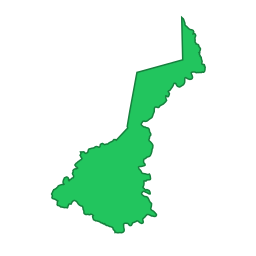 the district of Uruaçu, Goiás, Brazil, rotated 353°
{"feature_id": "56859067B5799909421600", "entity_name": "Uruaçu", "entity_type": "district", "adm_level": 2, "iso_a3": "BRA", "parent_name": "Brazil", "parent_adm1": "Goiás", "projection": "mercator", "projection_center": [-49.066, -14.326], "detail": "fine", "context": "isolated", "style": "filled", "palette": "green", "viewbox_px": 256, "rotation_deg": 353, "n_neighbors": 0, "source": "geoboundaries", "source_scale": "gbopen_adm2", "svg_char_len": 5899}
<svg xmlns="http://www.w3.org/2000/svg" viewBox="0 0 256 256"><g transform="rotate(353 128 128)"><path d="M194.8,24.8L190.6,67.0L147.5,73.4L143.7,73.9L142.9,76.3L131.9,111.3L127.4,126.4L127.7,127.3L127.6,128.1L126.9,128.7L126.2,129.2L114.9,138.7L114.3,138.0L113.6,138.1L112.8,137.7L112.1,138.1L111.6,138.8L110.8,139.3L108.5,140.0L107.1,140.6L106.3,141.2L105.6,141.5L104.7,141.3L103.7,141.5L102.5,141.6L101.7,140.9L100.7,140.2L99.8,140.4L98.6,140.9L97.9,143.1L97.3,143.5L96.5,143.5L95.9,143.0L95.0,142.7L94.3,142.5L93.2,142.7L91.7,143.6L89.4,143.7L86.7,144.1L85.9,145.0L85.7,145.8L85.0,147.3L83.2,148.1L82.3,147.8L81.9,146.8L80.9,146.2L79.7,146.2L77.9,146.0L78.2,147.5L77.9,148.1L77.1,149.3L77.7,150.5L77.9,151.5L78.6,152.5L78.2,153.2L77.6,153.7L76.7,154.0L75.8,154.7L74.7,155.1L72.9,156.4L72.2,156.7L71.7,157.3L71.0,157.8L70.8,158.4L71.5,159.6L71.7,160.3L72.6,160.7L73.1,161.6L71.9,162.2L71.2,162.1L69.9,162.2L68.9,162.8L68.2,163.5L68.2,164.9L67.3,166.2L67.5,167.3L68.1,168.5L68.1,169.7L67.6,170.7L66.3,170.9L65.6,171.6L64.2,172.2L63.8,172.7L63.1,173.2L62.6,172.3L62.9,171.5L62.7,170.7L62.4,170.0L61.6,169.3L60.9,169.1L58.8,169.8L57.5,172.0L56.9,173.7L57.0,174.6L57.6,176.0L56.8,176.3L56.0,176.0L54.7,176.2L52.5,176.7L51.6,177.1L51.1,177.9L49.2,179.3L47.5,180.0L46.7,180.2L46.5,180.8L45.7,181.5L45.3,182.5L44.1,184.2L44.3,184.8L44.7,185.7L44.6,186.5L44.2,187.2L44.0,188.0L44.5,188.7L45.3,189.2L46.3,189.5L47.6,190.4L49.5,191.9L48.9,192.6L48.6,194.4L48.3,195.5L48.8,196.3L49.8,196.6L50.5,196.9L51.6,198.2L53.1,198.5L55.1,199.3L57.1,199.4L57.9,199.9L58.5,199.4L58.9,198.2L59.5,197.5L59.7,196.7L60.5,196.2L62.2,196.6L63.3,194.9L63.7,194.4L64.5,193.8L65.4,193.4L66.2,193.4L67.3,194.1L68.3,195.1L69.3,197.2L70.3,198.5L71.1,199.1L72.0,199.7L73.0,200.0L73.4,200.6L73.6,202.1L73.5,203.0L73.8,203.9L74.1,205.4L73.9,207.0L74.1,207.6L74.6,208.1L75.7,208.8L77.8,208.8L78.9,209.4L79.8,209.4L80.6,208.9L81.9,209.6L82.4,210.1L82.9,210.7L82.1,211.4L82.1,212.2L82.6,214.8L83.9,215.6L84.4,216.1L86.0,216.4L87.2,217.1L88.0,217.3L88.6,217.8L89.8,218.9L90.7,219.1L91.2,219.6L92.4,220.4L93.2,220.1L93.6,221.2L95.2,222.3L96.1,222.3L97.6,223.5L98.8,223.8L100.2,224.6L100.8,225.2L100.9,226.3L101.1,227.1L102.3,228.4L102.4,230.2L103.2,230.1L104.4,230.6L105.3,230.8L107.2,230.8L108.0,231.0L109.1,231.2L110.6,230.7L111.6,229.7L111.8,228.6L111.8,227.8L111.6,226.0L111.8,224.3L111.8,223.1L112.4,222.5L113.6,222.1L114.7,222.4L115.6,222.5L116.4,222.9L116.9,223.5L117.3,224.5L118.0,225.1L118.8,225.2L119.5,225.0L120.0,224.4L120.9,222.8L124.6,221.8L125.2,221.3L126.2,221.4L127.2,222.3L128.5,223.6L130.0,224.4L131.1,224.1L131.7,223.3L131.6,221.9L131.4,221.0L131.7,220.0L132.7,219.2L133.9,218.4L135.0,217.3L136.4,216.2L138.1,216.5L139.3,217.3L140.0,217.7L140.5,218.2L141.3,218.3L142.0,218.5L143.2,219.0L144.1,219.1L145.0,218.8L145.6,218.0L145.7,217.1L145.0,216.3L144.7,215.7L143.2,213.7L142.2,213.0L141.3,212.3L140.9,211.5L140.7,210.8L141.7,208.4L142.2,206.0L141.9,205.3L141.3,204.9L140.5,203.3L140.1,202.2L140.0,201.5L139.0,199.1L138.0,198.5L137.4,198.2L136.3,198.1L135.6,197.6L134.1,196.2L133.6,195.4L133.5,194.5L134.3,193.5L135.4,192.8L136.1,192.7L137.4,193.7L138.9,194.5L140.9,196.0L141.9,196.1L142.1,195.5L142.0,194.7L141.9,193.9L141.5,192.9L141.0,192.4L139.2,191.4L138.0,191.8L137.2,190.9L136.7,190.1L136.0,189.5L135.6,188.5L136.3,187.5L136.8,186.4L137.2,184.5L137.2,183.7L137.4,182.6L138.3,182.5L139.3,182.9L139.9,182.2L140.6,182.0L141.3,181.9L143.3,182.0L143.9,181.7L144.2,181.1L144.2,180.0L144.2,178.5L144.0,177.3L143.6,176.3L142.5,176.6L141.3,176.4L139.9,175.7L137.6,175.0L136.9,174.8L136.4,174.4L136.1,173.7L135.8,172.8L135.1,171.3L134.2,170.4L133.9,169.7L133.7,169.0L133.7,168.0L134.4,167.6L135.8,167.8L136.6,167.8L139.4,167.4L140.4,167.0L140.5,166.0L139.6,164.7L139.3,163.7L139.5,162.5L139.7,161.5L140.0,160.9L141.9,160.3L142.8,159.5L143.5,159.2L145.8,158.8L146.7,158.1L147.2,157.4L148.1,155.8L148.6,154.6L149.0,153.5L149.1,152.4L149.8,151.4L150.2,150.4L150.6,148.3L150.3,147.2L149.4,145.6L148.6,144.5L147.6,143.4L147.2,142.1L147.8,141.3L148.2,140.3L148.2,139.5L148.7,138.8L149.7,137.9L149.9,136.7L149.6,135.8L149.0,134.4L148.9,132.4L148.7,131.5L148.3,130.8L147.5,130.3L146.5,130.0L145.5,129.5L145.0,129.0L143.8,128.9L142.0,127.1L141.6,126.2L141.8,125.3L143.6,123.2L145.0,123.1L145.5,123.5L146.5,123.6L148.0,123.3L150.2,121.9L152.5,120.8L153.1,120.4L154.1,118.7L154.4,117.8L154.9,116.9L156.0,115.0L156.5,111.9L156.8,111.3L157.5,110.6L158.4,110.5L159.5,111.1L160.6,111.4L161.4,111.1L162.1,110.2L162.8,109.7L166.0,108.5L168.6,106.5L169.7,105.2L169.5,104.5L169.2,103.3L169.4,100.8L170.2,100.9L171.4,101.9L172.0,101.6L172.5,100.8L173.1,99.6L173.3,98.7L172.3,96.8L172.7,96.2L173.9,95.9L174.5,95.4L175.1,94.8L175.5,94.2L176.7,93.0L177.4,92.2L178.4,90.6L178.8,89.7L179.4,89.2L180.4,89.4L181.0,89.9L181.1,90.7L182.0,92.4L182.9,93.1L184.2,93.6L185.2,93.3L186.3,92.7L188.3,91.8L188.8,91.2L189.7,89.9L190.0,88.7L190.3,86.2L190.7,85.2L191.5,85.0L192.3,85.6L192.9,86.2L194.9,87.2L195.7,87.3L196.3,87.2L197.0,87.2L197.7,86.7L198.2,85.8L198.2,84.5L197.4,81.6L197.6,80.7L198.8,80.3L200.3,80.4L201.4,80.7L202.0,81.2L202.9,81.5L204.1,81.4L204.7,81.6L205.6,81.6L207.7,81.9L208.5,81.4L209.2,81.8L209.8,81.9L210.7,81.3L211.1,80.7L211.4,79.8L211.7,78.7L211.7,77.9L212.0,77.3L211.8,76.1L211.2,75.6L211.6,75.0L211.4,74.4L210.6,74.0L209.5,73.9L209.1,72.9L209.7,70.8L209.4,69.3L209.2,67.3L209.3,66.7L208.4,65.7L208.4,64.7L208.0,64.1L207.8,63.2L208.2,62.5L207.7,61.8L208.5,61.5L208.5,60.5L209.2,59.5L209.6,58.3L209.1,57.0L208.1,55.4L208.3,54.6L208.0,54.0L207.5,53.6L206.7,53.2L205.9,53.0L205.9,52.3L205.4,51.6L205.0,50.8L205.4,48.7L205.3,47.7L205.5,46.4L205.9,45.8L206.5,44.6L206.2,43.2L205.6,42.4L204.1,42.5L205.0,40.5L204.6,39.2L204.0,38.7L203.0,38.2L201.6,37.8L200.9,37.3L199.9,36.1L199.3,35.4L198.8,34.6L197.4,33.2L197.1,32.1L197.3,30.9L196.6,27.9L196.5,27.1L196.2,26.4L194.8,24.8Z" fill="#22c55e" stroke="#15803d" stroke-width="1.5"/></g></svg>